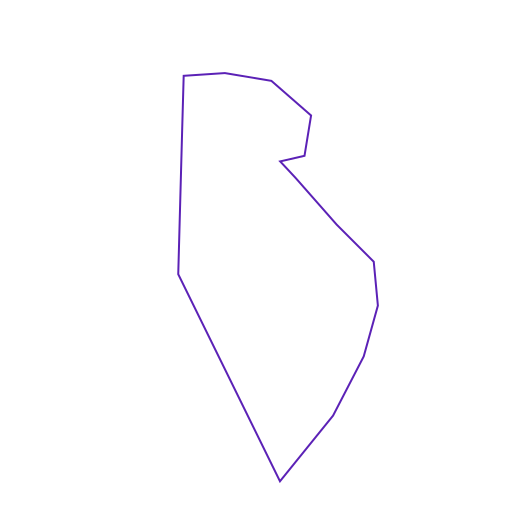 the border of Acquaviva, rotated 317°
{"feature_id": "SMR-4885", "entity_name": "Acquaviva", "entity_type": "state/province", "adm_level": 1, "iso_a3": "SMR", "parent_name": "San Marino", "parent_adm1": "", "projection": "mercator", "projection_center": [12.411, 43.944], "detail": "fine", "context": "isolated", "style": "outline", "palette": "violet", "viewbox_px": 512, "rotation_deg": 317, "n_neighbors": 0, "source": "natural_earth", "source_scale": "10m", "svg_char_len": 357}
<svg xmlns="http://www.w3.org/2000/svg" viewBox="0 0 512 512"><g transform="rotate(317 256 256)"><path d="M119.9,437.1L186.7,216.3L289.2,112.2L326.0,74.9L358.0,101.0L386.7,138.4L392.1,190.8L359.8,215.8L338.2,203.3L338.2,225.7L336.4,288.1L338.2,340.5L311.3,375.4L266.3,402.9L203.5,425.3L119.9,437.1Z" fill="none" stroke="#5b21b6" stroke-width="2"/></g></svg>